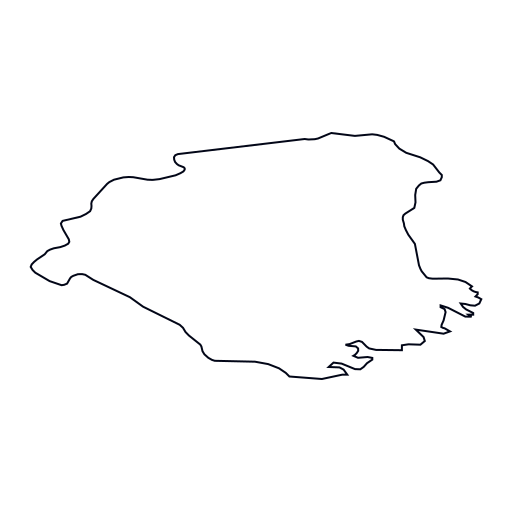 Södermanland, Equal Earth projection
{"feature_id": "SWE-185", "entity_name": "Södermanland", "entity_type": "County", "adm_level": 1, "iso_a3": "SWE", "parent_name": "Sweden", "parent_adm1": "", "projection": "equal_earth", "projection_center": [16.821, 59.079], "detail": "fine", "context": "isolated", "style": "outline", "palette": "ink", "viewbox_px": 512, "rotation_deg": 0, "n_neighbors": 0, "source": "natural_earth", "source_scale": "10m", "svg_char_len": 2537}
<svg xmlns="http://www.w3.org/2000/svg" viewBox="0 0 512 512"><path d="M472.0,286.4L470.9,287.4L469.9,288.6L471.7,290.2L473.6,291.3L475.6,292.0L477.7,292.4L477.7,294.2L475.5,296.5L478.3,297.5L481.3,299.2L479.3,303.5L475.0,305.7L470.3,305.3L465.4,304.0L460.7,303.5L463.0,306.9L466.1,309.4L473.2,313.0L473.2,314.7L468.4,314.7L470.0,315.9L471.6,316.7L465.3,316.6L448.1,307.8L440.6,305.4L440.6,307.2L444.6,309.1L445.6,312.1L443.6,320.4L441.6,324.9L441.3,327.0L443.0,327.9L444.6,328.3L450.0,331.4L443.6,333.7L415.8,329.6L423.6,337.1L424.8,341.0L420.4,344.7L408.5,344.3L401.9,345.3L401.9,350.2L376.0,349.9L369.1,348.4L366.6,346.6L362.0,341.9L358.9,340.9L356.3,341.5L349.6,344.1L345.5,344.7L348.6,345.8L355.8,346.4L358.1,348.4L358.2,350.8L356.7,353.1L354.9,354.9L353.4,355.8L358.0,357.8L367.6,357.0L372.3,357.9L372.3,359.6L367.0,363.2L363.7,366.9L360.3,369.3L355.0,369.1L341.6,363.6L333.5,362.6L328.7,367.0L339.5,367.4L343.6,369.6L347.3,374.7L342.1,374.7L321.9,379.0L289.4,376.5L285.8,372.9L279.0,368.3L268.2,364.1L255.0,361.7L214.8,360.8L212.0,359.9L208.3,357.8L204.4,354.3L202.5,351.2L201.4,346.5L200.3,344.6L188.9,335.5L185.5,332.0L183.0,327.8L179.7,324.8L143.1,306.7L129.9,297.2L93.3,279.9L85.3,274.8L82.1,274.1L77.9,274.2L73.3,275.8L71.3,276.9L70.1,278.3L67.1,283.6L64.2,284.8L61.6,285.2L49.6,281.1L35.3,272.7L32.6,270.0L30.7,266.9L31.7,264.4L34.1,261.9L37.1,259.4L44.7,254.3L47.3,251.1L50.1,249.6L53.8,248.3L60.3,247.1L64.8,245.6L68.2,243.7L69.3,241.8L68.8,239.3L63.4,230.0L61.5,225.8L60.9,223.5L62.6,220.9L80.5,216.7L86.0,214.0L90.1,211.2L91.3,208.5L91.5,206.0L91.3,203.6L91.8,201.3L93.4,198.9L107.1,183.9L109.3,182.1L114.0,179.7L123.3,177.4L128.7,177.0L133.2,177.2L147.5,179.7L152.6,179.9L159.6,179.1L175.6,175.3L180.4,173.2L183.3,171.5L184.3,170.3L184.8,169.0L184.4,167.9L183.6,167.2L178.7,165.3L176.9,164.0L175.1,162.0L174.2,159.7L174.0,157.2L175.1,155.5L175.3,155.2L177.9,154.1L304.7,139.0L308.4,139.5L314.8,139.2L318.0,138.5L331.2,133.0L354.9,135.9L372.2,134.3L377.2,134.9L384.1,136.8L393.0,140.9L394.1,141.5L394.4,142.4L395.2,144.2L399.3,148.6L406.2,152.8L420.2,157.3L428.0,161.1L433.1,164.5L439.3,172.5L441.8,175.0L441.8,177.2L440.4,180.3L436.5,181.7L428.3,182.2L424.4,182.7L421.3,183.5L418.9,185.5L416.2,188.8L415.2,195.0L415.5,202.4L414.3,207.9L405.3,213.6L403.5,215.2L402.8,217.2L402.8,219.7L403.9,223.4L404.3,226.3L405.9,230.1L408.3,234.7L414.9,243.9L419.0,265.3L420.4,268.8L421.7,271.3L426.6,277.3L428.8,278.2L432.7,278.7L447.8,278.5L458.0,279.5L465.5,282.0L472.0,286.4Z" fill="none" stroke="#020617" stroke-width="2"/></svg>